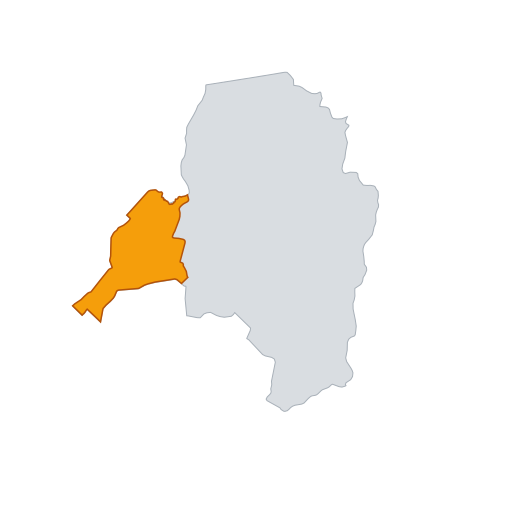 Upper Nile on a map of South Sudan (Equal Earth projection), rotated 224°
{"feature_id": "SDS-869", "entity_name": "Upper Nile", "entity_type": "State", "adm_level": 1, "iso_a3": "SSD", "parent_name": "South Sudan", "parent_adm1": "", "projection": "equal_earth", "projection_center": [32.959, 10.08], "detail": "fine", "context": "in_parent", "style": "filled", "palette": "amber", "viewbox_px": 512, "rotation_deg": 224, "n_neighbors": 0, "source": "natural_earth", "source_scale": "10m", "svg_char_len": 6436}
<svg xmlns="http://www.w3.org/2000/svg" viewBox="0 0 512 512"><g transform="rotate(224 256 256)"><path d="M374.8,392.2L363.4,407.6L362.6,408.5L361.2,409.7L356.6,409.7L351.8,409.0L347.4,405.0L343.0,408.1L340.2,409.1L338.5,409.4L334.5,409.9L328.9,411.6L326.4,413.6L325.0,415.3L323.9,418.3L323.3,418.6L322.3,418.2L320.9,417.0L317.9,415.3L316.4,411.4L315.0,409.1L313.9,407.9L309.2,411.7L306.9,412.6L305.0,412.5L301.6,410.4L297.8,408.6L295.9,408.6L292.9,410.8L289.6,414.3L287.9,417.7L287.1,419.7L285.9,416.6L284.8,414.6L283.2,413.9L280.0,414.6L279.3,413.6L279.1,410.9L278.7,408.5L277.9,406.7L275.4,404.9L269.1,401.2L264.3,393.8L261.8,390.4L260.1,388.2L257.5,382.4L254.7,378.4L251.2,376.6L248.9,377.5L246.5,381.7L242.0,385.7L240.0,385.9L237.4,383.7L234.1,382.2L228.1,381.5L225.7,383.4L222.5,386.5L219.8,388.3L218.1,388.5L216.5,387.8L214.7,387.4L213.2,387.3L210.0,384.5L208.4,382.5L207.3,380.5L205.5,379.1L203.4,378.0L201.9,376.2L201.2,374.0L200.0,371.2L198.5,368.7L193.7,364.1L192.2,361.4L191.2,358.8L189.3,355.9L187.1,352.0L186.5,346.3L186.4,341.7L186.0,339.6L185.1,337.5L184.1,335.7L182.4,333.7L178.4,330.7L174.4,327.3L172.4,325.3L168.7,324.6L166.5,322.7L164.7,318.4L164.0,315.0L162.1,312.3L161.3,310.4L160.9,308.2L162.4,301.4L160.2,299.0L157.0,295.9L154.8,292.5L153.4,289.4L149.3,285.3L140.3,279.1L135.2,275.2L132.4,271.7L129.9,268.2L129.7,266.8L131.3,263.3L131.5,260.5L130.3,257.4L124.9,251.5L120.7,245.0L117.4,243.0L109.6,241.2L107.4,240.5L105.1,239.3L102.8,236.3L102.0,232.9L103.2,227.4L102.5,225.7L101.2,225.2L101.6,224.1L103.1,221.4L105.5,219.7L111.9,216.9L112.3,215.9L112.5,212.5L113.0,210.8L115.3,206.0L115.6,204.1L115.7,200.1L116.0,198.1L116.7,196.8L118.5,194.4L119.1,193.0L119.4,189.9L119.3,183.7L120.2,181.3L124.3,175.7L125.4,173.2L125.8,171.0L125.8,168.7L126.0,166.5L127.3,164.3L128.3,163.6L131.3,163.0L133.3,163.4L147.6,159.6L149.3,160.1L150.0,162.4L149.9,166.0L150.1,167.7L150.9,169.0L153.1,170.7L154.7,173.5L155.5,174.6L157.8,176.6L168.3,193.0L171.2,194.6L174.2,194.0L179.9,190.6L182.8,189.7L203.0,190.7L205.2,190.2L205.4,190.3L208.4,198.5L209.9,200.4L232.0,200.5L231.6,198.2L231.9,195.5L235.8,190.5L236.3,189.9L239.7,187.5L243.1,185.8L249.5,183.9L251.9,181.0L253.2,178.2L253.2,172.9L254.1,172.0L255.6,170.7L263.0,165.9L264.3,164.9L277.4,176.1L284.7,184.9L285.1,185.3L285.5,185.5L285.9,185.2L286.2,184.8L287.1,184.4L290.3,184.3L296.2,183.9L298.2,182.8L310.1,167.0L313.2,162.0L314.0,161.0L315.7,157.4L317.5,151.2L317.9,150.5L331.0,135.8L331.4,134.6L331.6,133.7L329.6,128.7L329.2,126.2L329.1,122.3L329.5,116.3L329.3,112.5L329.2,111.4L329.1,111.2L321.8,100.4L340.2,100.3L340.2,98.9L340.2,98.5L339.8,97.2L339.6,95.5L339.6,94.5L339.7,93.6L339.8,93.1L339.7,92.7L339.8,92.3L353.0,92.5L352.8,95.6L351.2,102.8L351.3,107.1L350.9,112.1L350.4,113.5L349.7,114.7L349.5,115.3L349.5,115.9L352.3,143.5L352.1,144.7L351.3,146.4L351.1,147.0L351.1,147.4L351.4,147.7L357.5,150.7L357.8,150.9L358.0,151.1L360.2,154.7L372.3,167.9L372.7,168.5L373.9,172.6L374.1,173.3L374.1,174.3L374.1,175.0L373.8,177.5L373.9,178.6L374.1,179.3L374.3,180.2L374.3,180.5L374.1,181.1L372.4,185.9L371.8,189.3L371.6,192.1L371.7,193.8L371.9,194.8L372.1,195.2L372.3,195.4L377.5,195.4L377.4,196.9L378.1,222.0L378.1,224.8L378.0,228.4L377.3,229.7L375.9,231.7L374.0,233.6L369.3,234.0L365.4,234.0L362.7,233.6L358.9,233.4L355.3,233.8L354.0,235.3L349.3,248.7L347.8,252.0L347.5,254.0L347.9,255.1L349.7,256.8L353.8,259.2L358.4,260.5L361.9,261.1L364.2,261.8L366.1,262.5L372.6,268.6L374.7,271.4L375.9,273.9L376.2,276.6L377.2,279.2L383.2,287.6L388.9,291.5L391.1,296.0L393.2,298.1L395.2,300.5L396.3,303.9L398.8,314.0L400.4,319.3L402.2,323.6L402.9,330.6L404.2,333.7L405.6,337.6L407.9,341.0L410.4,343.6L410.8,344.4L386.1,377.1L374.8,392.2Z" fill="#d9dde1" stroke="#a8b0b8" stroke-width="1"/><path d="M378.3,227.6L378.2,228.5L377.8,229.3L377.3,230.2L374.5,233.5L373.9,233.9L373.4,234.1L371.9,234.1L370.9,234.3L370.4,234.5L370.0,234.7L369.7,235.0L368.5,236.3L368.4,236.4L368.1,236.4L366.9,236.2L366.2,235.2L365.6,233.9L364.8,232.9L364.2,232.8L363.8,233.0L363.4,233.3L362.9,233.4L362.4,233.2L362.0,232.7L361.6,232.4L361.0,232.4L361.1,232.7L361.1,232.8L360.9,233.0L359.0,233.3L358.6,233.2L358.4,233.2L358.2,233.4L357.8,233.8L357.6,233.9L354.5,233.0L354.0,233.1L353.2,234.0L353.3,234.2L353.3,234.4L353.1,234.7L352.7,234.8L352.3,235.0L352.2,235.3L352.2,235.6L352.2,236.2L352.1,236.4L352.0,236.6L352.0,236.8L352.0,237.0L352.3,237.2L352.3,237.3L352.3,237.8L352.0,238.5L352.0,238.8L352.1,239.2L352.3,239.6L352.5,239.8L352.7,240.3L352.9,240.5L353.3,240.7L353.3,241.2L353.1,241.4L352.8,241.5L352.6,241.7L352.3,242.1L352.2,242.5L352.2,242.9L352.2,243.4L352.3,243.6L352.6,243.9L352.7,244.1L352.6,244.9L352.4,245.4L352.1,245.8L351.6,246.1L350.8,246.3L350.7,246.5L350.6,246.8L350.5,247.2L350.3,247.5L348.7,249.7L348.4,250.3L348.2,250.7L348.1,251.5L347.8,251.9L347.7,252.3L344.4,250.3L343.7,249.8L343.1,248.9L343.0,247.9L343.2,246.8L344.0,244.4L344.4,243.0L344.6,241.4L344.7,239.9L344.6,238.1L344.2,236.9L343.5,236.1L340.6,234.2L338.2,231.5L336.6,228.9L331.6,217.3L331.2,215.6L330.2,213.0L329.6,212.0L329.1,211.5L328.5,211.5L327.9,211.8L327.2,212.2L323.8,215.0L320.1,217.3L319.2,217.6L318.1,217.7L317.0,217.1L316.1,216.0L306.9,199.5L306.5,199.1L306.4,199.0L306.2,199.0L304.8,199.6L303.6,199.9L303.2,199.8L302.6,199.5L302.1,199.2L301.9,199.0L301.6,198.5L301.0,198.2L299.8,198.0L295.4,196.5L292.0,194.0L290.8,193.4L290.2,193.3L290.5,184.5L296.5,184.1L298.5,183.1L304.4,175.2L310.4,167.3L313.5,162.3L314.2,161.2L316.0,157.6L317.8,151.5L318.2,150.8L324.7,143.4L331.2,136.0L331.7,134.9L331.8,133.9L329.9,129.0L329.4,126.5L329.4,122.6L329.8,116.5L329.6,112.7L329.6,112.3L329.4,111.7L322.1,100.6L331.3,100.6L340.5,100.5L340.5,99.6L340.5,99.2L340.4,98.7L340.1,97.4L339.9,95.7L339.9,95.2L339.9,94.8L340.0,93.9L340.0,93.4L340.0,93.2L340.0,92.9L340.0,92.7L353.3,92.8L353.1,95.9L351.5,103.1L351.5,107.4L351.2,112.3L351.1,112.7L350.7,113.8L350.4,114.4L350.0,115.0L349.9,115.2L349.8,115.6L349.8,116.1L351.2,129.9L352.5,143.8L352.4,144.5L352.3,144.9L351.6,146.7L351.4,147.2L351.4,147.7L351.7,148.0L357.8,151.0L358.1,151.2L358.3,151.4L360.5,155.0L366.5,161.5L372.5,168.1L373.0,168.8L374.2,172.9L374.3,173.5L374.4,174.5L374.4,175.3L374.0,177.8L374.2,178.9L374.4,179.6L374.5,180.5L374.5,180.9L374.4,181.3L372.6,186.1L372.1,189.5L371.9,192.4L372.0,194.0L372.2,195.1L372.3,195.3L372.4,195.5L372.5,195.7L377.3,195.7L377.6,205.0L378.0,215.9L378.4,226.7L378.3,227.6Z" fill="#f59e0b" stroke="#b45309" stroke-width="1.5"/></g></svg>